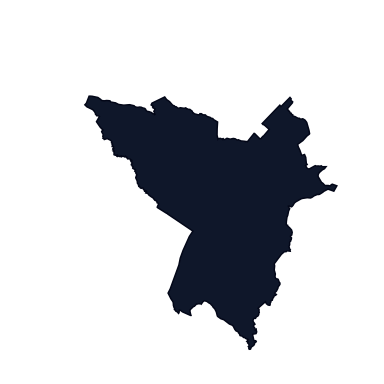 the district of Amozoc, Puebla, Mexico, rotated 292°
{"feature_id": "50627088B614653988957", "entity_name": "Amozoc", "entity_type": "district", "adm_level": 2, "iso_a3": "MEX", "parent_name": "Mexico", "parent_adm1": "Puebla", "projection": "albers", "projection_center": [-98.054, 19.064], "detail": "fine", "context": "isolated", "style": "filled", "palette": "ink", "viewbox_px": 384, "rotation_deg": 292, "n_neighbors": 0, "source": "geoboundaries", "source_scale": "gbopen_adm2", "svg_char_len": 6030}
<svg xmlns="http://www.w3.org/2000/svg" viewBox="0 0 384 384"><g transform="rotate(292 192 192)"><path d="M312.3,251.7L313.4,251.5L313.9,249.6L314.6,249.1L315.5,249.1L316.4,247.4L304.5,242.5L305.4,240.9L281.7,231.4L281.1,232.7L281.3,233.4L281.0,234.5L279.0,240.1L270.2,237.2L270.2,236.9L268.4,236.2L267.6,236.2L266.8,234.9L269.7,228.1L269.6,227.6L259.3,224.5L259.1,222.9L258.6,222.6L258.7,221.6L257.7,218.3L257.8,215.4L257.1,214.5L257.5,212.0L257.1,210.2L255.3,207.6L254.9,204.3L253.1,202.9L252.6,202.0L252.6,201.7L253.2,200.9L252.7,200.3L252.2,200.4L252.4,198.5L251.5,196.4L250.7,196.2L254.2,193.9L259.9,191.7L266.5,189.5L267.2,185.0L267.9,183.7L267.6,182.2L268.0,180.7L267.7,178.2L267.9,176.7L268.5,175.6L267.5,172.8L268.0,172.1L268.1,171.3L267.6,170.0L266.6,170.0L265.9,168.9L265.4,164.9L265.9,163.7L265.5,163.3L267.0,161.9L267.8,159.1L267.2,157.2L267.4,156.5L267.0,155.8L267.6,155.2L267.6,154.5L266.7,153.5L265.7,149.4L265.1,149.0L264.4,147.4L265.1,145.6L264.8,144.4L265.3,143.2L265.2,141.6L267.4,137.3L268.2,133.8L269.9,131.1L259.4,121.6L257.4,121.5L257.0,123.9L256.3,123.7L256.3,124.2L255.5,124.2L255.2,126.7L252.5,126.4L252.2,127.1L251.2,127.4L250.0,128.6L249.7,128.4L250.0,126.1L250.5,124.7L250.4,121.8L250.0,120.6L250.3,119.0L251.4,117.9L251.8,116.8L251.5,114.7L251.6,113.2L251.1,111.5L250.2,110.1L249.7,108.0L250.0,106.3L250.3,106.0L249.6,101.5L246.9,96.1L245.7,91.1L246.0,87.7L245.0,82.9L245.8,81.8L245.6,80.9L244.9,78.7L243.6,76.3L243.0,73.9L243.6,72.7L244.4,69.3L243.3,63.2L242.3,60.7L234.8,60.8L232.7,60.0L231.6,62.7L231.2,69.1L229.9,71.7L228.2,73.5L227.9,73.5L227.7,74.2L227.0,75.0L227.6,76.7L227.4,77.9L221.4,77.1L217.6,82.8L216.1,86.3L214.4,85.5L213.7,86.0L212.4,87.7L211.4,88.6L210.6,88.3L210.2,88.4L209.7,89.3L208.5,89.2L208.4,90.1L207.8,91.0L209.8,93.4L209.4,97.5L208.5,98.9L207.5,98.9L207.1,100.0L206.3,100.0L206.1,100.6L204.4,100.9L204.9,101.9L204.5,102.4L203.9,102.3L203.1,103.1L202.6,102.5L202.1,103.0L201.4,102.8L201.4,103.8L200.4,103.8L200.6,104.8L199.2,104.9L198.7,105.5L197.9,105.4L197.3,105.9L197.5,108.0L198.1,108.6L197.1,108.8L196.9,109.4L197.1,109.7L198.0,109.6L197.7,111.4L198.9,112.8L198.1,113.3L199.4,114.5L199.3,116.4L200.3,116.9L199.6,117.7L199.8,118.6L199.3,118.8L198.6,120.0L199.0,120.5L199.3,122.3L198.8,124.4L198.0,124.5L197.8,123.7L197.2,124.4L196.8,125.6L196.4,126.0L195.4,125.4L194.5,125.5L194.4,126.3L193.7,126.7L193.3,128.1L192.0,128.0L191.7,128.4L191.5,130.3L191.7,130.8L191.3,131.3L189.9,131.1L189.2,132.6L188.3,133.0L187.3,134.5L186.5,134.3L185.3,134.6L184.8,134.3L184.0,134.6L181.8,137.0L179.6,138.2L179.3,139.0L178.4,139.6L178.2,140.3L177.3,140.5L176.9,142.1L176.5,142.5L176.4,143.5L177.4,144.8L176.4,145.8L176.2,147.0L175.7,147.0L174.9,147.8L175.0,148.4L175.8,148.8L175.6,149.6L173.8,149.5L174.1,151.5L173.0,153.2L172.2,156.5L172.1,157.7L170.4,160.7L170.4,162.3L170.1,162.9L168.9,163.7L168.9,165.1L168.4,165.5L164.9,165.4L164.6,165.9L162.7,176.5L163.1,177.0L162.5,177.6L162.3,178.4L156.1,207.5L149.8,206.2L134.5,205.6L126.3,205.9L119.4,207.2L94.0,208.1L89.3,207.7L85.0,212.6L83.5,214.9L82.5,216.0L79.8,217.3L78.2,218.6L77.9,219.4L76.7,219.5L76.3,219.9L76.2,220.9L75.5,221.5L75.3,223.3L74.4,225.0L75.2,225.2L77.7,224.5L77.9,226.0L77.3,228.0L77.0,236.9L77.2,237.3L78.4,236.3L80.8,234.7L82.2,234.4L86.4,236.3L86.9,237.0L89.9,238.2L90.2,239.1L91.3,240.5L91.2,241.2L91.7,242.1L91.5,242.6L94.5,243.3L95.9,244.3L96.1,247.0L95.5,249.1L95.3,251.1L94.7,252.0L94.2,253.4L93.1,254.8L92.2,256.9L90.0,259.4L86.6,261.9L86.2,262.5L85.3,266.2L85.5,269.4L83.6,276.1L83.6,279.1L83.0,280.6L80.9,282.9L79.8,284.6L79.6,287.3L78.7,288.0L78.9,288.5L76.9,290.3L77.2,292.8L76.4,294.2L76.8,295.3L76.3,296.7L76.4,299.2L75.5,298.8L74.9,299.3L73.9,298.9L73.9,300.2L72.9,300.2L72.2,301.7L70.8,302.6L69.8,302.1L69.2,303.0L68.0,303.4L67.6,304.0L68.2,305.1L70.5,305.1L72.9,306.7L74.7,306.9L75.5,306.4L76.7,307.4L77.4,307.6L78.0,306.8L77.4,305.1L82.3,301.7L82.8,301.6L83.1,301.9L84.7,304.4L86.5,304.4L87.5,303.7L87.5,302.7L88.4,303.1L88.9,302.9L88.4,302.3L88.5,302.0L89.7,300.7L90.4,299.3L91.8,299.2L93.0,299.9L94.9,297.1L96.1,296.6L97.7,296.6L98.3,296.9L98.3,297.6L98.6,298.2L100.4,298.4L101.6,299.5L103.2,299.8L104.2,299.4L105.5,299.5L106.1,299.0L108.3,298.1L109.0,296.8L117.8,301.2L116.3,302.7L116.1,303.5L115.7,304.9L116.1,306.6L116.7,306.7L117.9,306.2L119.5,306.3L120.9,306.0L121.8,307.0L123.4,306.7L124.9,307.1L126.4,307.1L127.7,308.3L128.6,308.6L128.9,306.8L129.7,306.5L131.7,307.4L134.8,307.7L136.6,307.4L137.9,307.9L139.4,308.1L140.6,307.6L141.1,306.6L143.3,304.6L143.4,303.8L143.1,303.3L143.2,302.0L144.7,300.6L147.2,300.0L150.4,297.5L154.5,296.3L155.9,295.3L156.5,295.2L167.7,298.2L171.0,299.9L171.6,300.5L171.8,301.5L172.8,302.0L173.2,302.5L173.9,305.2L174.4,304.8L175.3,304.8L175.5,304.2L177.6,302.4L179.7,302.3L182.1,301.3L183.7,301.9L184.5,301.3L185.0,301.8L186.1,301.6L186.8,301.4L187.4,300.1L187.9,299.8L188.6,299.9L189.5,300.6L192.2,300.0L194.1,298.5L195.5,295.7L196.1,293.7L197.0,293.1L196.8,292.3L197.1,291.6L199.9,290.6L204.1,289.5L206.3,289.5L210.4,288.7L213.1,288.8L214.2,287.2L215.0,286.6L215.5,287.1L215.4,289.6L216.1,290.2L217.7,290.7L220.0,291.0L221.6,291.8L226.4,295.6L227.5,296.9L229.9,301.0L230.8,304.0L231.8,305.1L234.3,306.7L235.8,308.3L236.7,308.7L236.7,309.6L237.6,311.1L240.8,313.4L241.9,313.9L245.6,317.0L245.9,323.2L252.0,324.0L251.8,319.2L251.0,318.4L249.4,317.9L249.1,316.0L247.8,312.8L249.0,310.4L249.5,308.4L253.4,303.3L254.8,302.6L256.3,302.5L257.8,302.8L261.4,304.6L263.2,306.1L265.7,306.8L264.3,303.5L264.7,301.9L263.7,301.1L263.7,300.0L262.6,297.5L262.6,296.4L257.1,291.9L257.0,290.1L259.0,287.3L260.6,288.5L261.5,287.2L266.7,284.5L268.9,282.3L267.0,280.0L271.0,276.5L273.5,273.8L275.4,272.3L275.9,272.2L281.2,275.5L287.0,277.6L289.6,279.1L290.1,279.2L293.1,277.3L299.5,272.3L301.0,269.8L301.4,267.3L300.4,265.8L300.2,264.6L300.6,264.1L300.1,262.6L300.5,259.3L300.3,257.1L300.4,256.7L301.2,256.6L301.4,255.2L302.2,254.4L301.9,253.7L303.4,252.0L303.3,251.4L304.0,250.2L304.6,249.9L304.8,249.2L312.3,251.7Z" fill="#0f172a" stroke="#020617" stroke-width="1.5"/></g></svg>